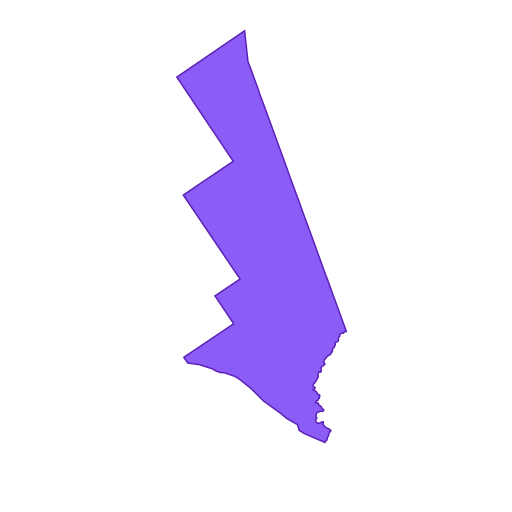 Gogebic, Michigan, United States of America, rotated 236°
{"feature_id": "52423323B42798401183733", "entity_name": "Gogebic", "entity_type": "district", "adm_level": 2, "iso_a3": "USA", "parent_name": "United States of America", "parent_adm1": "Michigan", "projection": "equal_earth", "projection_center": [-90.104, 46.431], "detail": "fine", "context": "isolated", "style": "filled", "palette": "violet", "viewbox_px": 512, "rotation_deg": 236, "n_neighbors": 0, "source": "geoboundaries", "source_scale": "gbopen_adm2", "svg_char_len": 2328}
<svg xmlns="http://www.w3.org/2000/svg" viewBox="0 0 512 512"><g transform="rotate(236 256 256)"><path d="M448.6,290.4L347.3,290.1L347.2,229.8L245.8,229.9L245.9,199.7L212.3,199.6L212.4,139.5L205.6,139.5L204.7,140.3L197.7,148.2L187.3,156.4L182.8,158.7L179.5,161.1L176.8,164.6L168.0,171.2L163.4,173.3L148.5,177.9L131.5,181.2L111.6,188.5L104.1,190.6L93.0,196.1L87.3,194.3L81.7,196.8L62.9,208.9L63.5,209.9L63.8,211.9L65.6,213.7L66.2,215.3L67.2,216.4L67.6,216.4L68.1,217.0L68.9,219.2L69.0,220.0L69.5,220.5L71.2,220.1L74.6,218.2L75.8,217.7L78.1,217.4L79.2,217.8L79.3,217.7L79.7,217.8L80.3,218.8L80.8,219.0L81.2,218.9L81.4,218.6L81.9,215.5L82.8,213.7L84.8,213.0L86.1,213.3L87.3,214.4L87.2,215.1L87.5,215.8L88.1,216.0L89.2,215.7L91.8,218.2L91.9,219.0L91.5,221.9L90.8,223.6L89.9,224.3L90.1,225.8L91.0,226.2L91.3,225.9L92.6,225.5L93.0,225.4L93.8,225.8L95.2,225.7L96.2,225.3L96.3,225.0L96.7,224.6L98.6,225.3L99.2,225.3L100.4,224.1L100.6,223.6L100.9,223.3L102.1,224.5L102.3,225.0L101.6,226.5L102.7,227.8L102.7,228.1L102.7,228.5L102.6,229.0L102.8,229.3L103.2,229.4L103.8,229.3L104.1,229.7L104.1,230.1L104.1,230.5L104.7,230.9L105.4,230.9L105.9,230.7L106.3,230.2L108.7,230.0L109.3,230.2L110.0,230.0L111.9,229.4L113.2,228.4L113.5,228.5L113.8,229.1L113.4,230.3L113.3,230.7L113.5,231.3L114.0,231.3L115.7,230.7L116.2,230.7L117.2,231.3L117.7,231.9L117.7,232.5L118.5,235.2L120.6,239.5L121.3,240.2L123.5,241.5L124.7,242.7L124.8,243.0L124.6,243.4L123.9,243.9L123.5,244.7L124.2,245.8L124.6,246.2L127.0,247.0L127.3,248.2L127.7,252.6L128.6,252.9L130.6,252.8L130.7,253.0L130.8,253.6L131.6,254.7L132.9,258.8L133.0,259.6L132.8,261.9L133.1,263.5L134.4,266.3L135.7,267.0L136.1,267.7L136.7,270.1L138.1,272.0L139.2,273.0L139.5,273.0L140.0,273.3L139.4,275.5L139.6,276.6L140.3,277.5L141.6,278.3L142.5,279.4L142.6,279.8L142.6,280.3L142.7,280.7L143.1,280.8L143.4,280.8L143.6,281.0L144.2,282.4L144.2,284.0L144.0,284.4L143.4,284.7L143.2,285.4L143.3,285.9L143.4,286.2L143.6,286.9L143.5,287.8L143.0,288.2L142.9,288.3L143.0,288.7L143.2,288.8L194.9,301.7L197.7,302.4L200.1,302.9L200.6,303.0L239.5,312.8L265.7,319.2L273.6,321.3L301.9,328.2L312.3,330.9L371.6,345.7L387.0,349.4L387.5,349.5L390.9,350.4L391.5,350.6L392.0,350.8L393.9,351.3L401.4,353.1L402.8,353.5L412.7,356.0L421.8,358.1L449.1,372.5L448.6,290.4Z" fill="#8b5cf6" stroke="#5b21b6" stroke-width="1.5"/></g></svg>